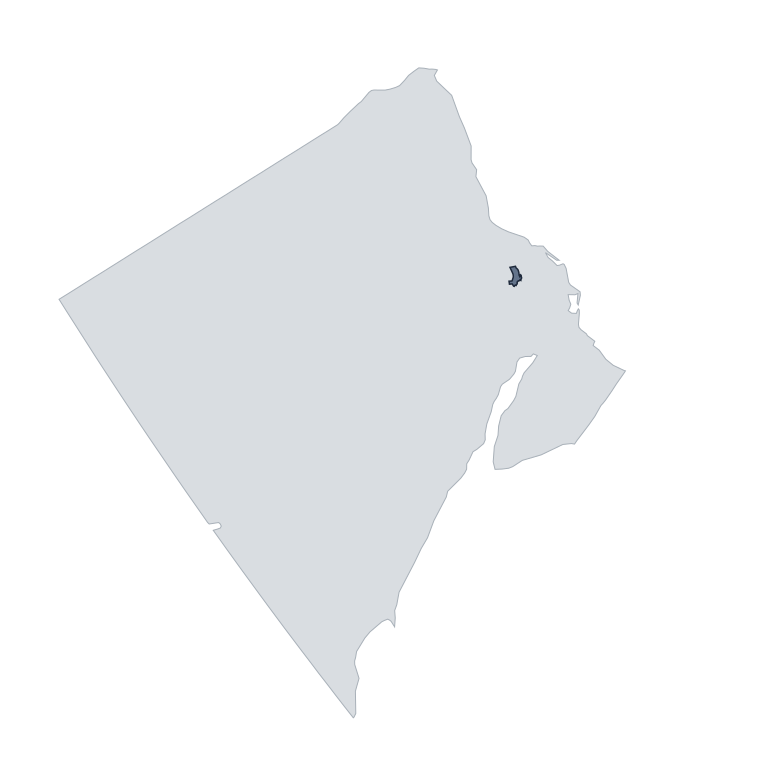 location of Badr, Al Buhayrah, Egypt, rotated 55°
{"feature_id": "37247803B14038420995681", "entity_name": "Badr", "entity_type": "district", "adm_level": 2, "iso_a3": "EGY", "parent_name": "Egypt", "parent_adm1": "Al Buhayrah", "projection": "albers", "projection_center": [30.722, 30.547], "detail": "fine", "context": "in_parent", "style": "filled", "palette": "slate", "viewbox_px": 768, "rotation_deg": 55, "n_neighbors": 0, "source": "geoboundaries", "source_scale": "gbopen_adm2", "svg_char_len": 4708}
<svg xmlns="http://www.w3.org/2000/svg" viewBox="0 0 768 768"><g transform="rotate(55 384 384)"><path d="M639.8,600.6L625.7,601.4L611.6,602.1L597.4,602.7L583.3,603.4L569.2,603.9L555.1,604.5L541.0,605.0L526.9,605.5L512.8,605.9L498.7,606.3L484.6,606.6L470.4,606.9L456.3,607.2L442.2,607.4L428.1,607.6L414.0,607.7L405.9,607.8L407.3,603.7L408.1,600.8L407.1,598.8L404.4,598.4L402.6,599.0L398.4,607.5L396.2,607.9L391.2,607.9L374.8,607.9L358.3,607.9L341.9,607.8L325.4,607.6L309.0,607.4L292.6,607.2L276.1,606.9L259.7,606.5L243.2,606.1L226.8,605.6L210.4,605.1L193.9,604.5L177.5,603.8L161.1,603.1L144.7,602.4L128.2,601.6L128.8,591.4L129.3,581.2L129.8,570.9L130.3,560.7L130.9,550.5L131.4,540.3L131.9,530.1L132.4,519.8L132.9,509.6L133.5,499.3L134.0,489.1L134.5,478.8L135.0,468.6L135.5,458.3L136.1,448.1L136.6,437.8L137.1,427.5L137.6,417.3L138.2,407.0L138.7,396.7L139.2,386.4L139.7,376.2L140.3,365.9L140.8,355.6L141.3,345.3L141.8,335.0L142.4,324.7L142.9,314.4L143.4,304.1L143.9,293.8L144.5,283.5L145.0,273.2L144.7,271.3L142.9,264.2L141.3,255.2L139.7,244.1L139.6,240.6L136.5,229.1L136.4,225.9L137.4,223.7L143.9,214.5L145.9,210.0L147.7,204.5L148.5,200.1L147.1,193.1L145.3,186.8L145.0,180.4L145.0,174.2L148.3,170.1L152.1,166.3L153.6,164.0L155.9,161.3L157.4,160.1L160.1,165.8L166.2,167.1L186.4,163.0L208.2,168.9L220.4,171.3L239.0,176.1L250.2,184.0L253.4,185.1L261.6,185.2L266.9,189.8L288.4,192.4L299.8,197.6L306.3,201.6L310.2,202.9L313.6,202.7L318.3,201.3L324.3,198.6L330.7,194.8L344.1,185.0L348.8,183.3L351.9,183.8L355.6,183.7L357.2,181.0L359.2,179.1L360.4,177.1L362.4,174.5L369.3,173.8L383.1,169.5L381.6,171.6L369.0,176.4L374.4,177.0L379.9,175.4L386.2,174.3L387.3,172.2L388.2,168.4L389.4,167.8L393.7,168.5L406.7,174.4L409.9,174.5L419.0,171.2L420.9,170.5L423.9,172.2L430.7,179.6L428.4,179.4L421.1,173.2L420.5,176.3L416.4,181.9L421.6,184.3L425.8,185.2L428.1,188.2L429.5,191.0L433.6,189.7L436.5,185.9L435.0,183.8L433.9,181.7L435.3,181.6L438.1,183.4L446.5,190.4L449.3,191.8L452.5,191.5L459.1,189.4L461.0,189.7L469.9,186.8L471.0,188.7L472.5,190.6L479.7,188.3L491.0,188.1L500.2,185.5L510.8,179.5L511.7,178.7L512.3,180.0L513.7,183.8L517.2,193.5L520.3,201.1L524.2,211.6L525.4,215.7L526.0,218.5L531.5,230.0L534.9,239.5L537.4,247.2L541.0,258.5L542.5,262.4L540.3,264.6L536.1,272.2L532.2,295.9L525.9,314.5L525.5,326.0L524.5,330.2L521.4,336.1L517.6,342.0L510.4,339.2L498.5,329.5L491.5,320.1L484.2,314.2L477.2,306.2L475.2,300.3L475.2,296.6L472.0,287.4L469.8,283.1L461.3,273.5L458.9,268.3L457.0,266.0L455.2,262.8L452.0,250.1L448.6,242.1L445.0,244.4L445.7,247.8L442.5,252.5L440.6,258.0L442.2,262.4L449.0,269.1L450.4,272.0L452.1,278.4L452.0,287.2L453.1,290.1L458.3,296.5L460.2,300.3L461.4,303.6L463.1,306.6L468.2,312.1L475.7,322.7L482.8,329.8L487.8,333.1L490.0,336.6L490.8,345.6L490.5,349.9L495.1,357.9L496.8,362.0L501.2,365.2L503.2,369.0L505.2,375.1L508.4,393.4L512.3,397.8L524.6,421.6L534.9,436.5L540.0,447.7L547.7,461.3L563.2,491.1L572.1,500.1L575.7,505.2L582.1,509.0L589.0,514.6L582.6,514.3L581.0,514.7L578.8,515.8L577.9,519.4L577.5,522.3L579.0,537.6L581.1,545.4L587.4,559.9L591.8,564.2L594.0,566.9L597.0,568.9L610.8,573.3L619.2,583.6L637.7,596.1L639.7,599.7L639.8,600.6Z" fill="#d9dde1" stroke="#a8b0b8" stroke-width="1"/><path d="M360.7,213.9L365.2,214.7L367.7,215.2L369.0,215.7L369.2,215.9L369.4,216.0L369.9,216.3L370.4,216.6L370.7,216.9L371.6,218.1L372.3,219.0L373.0,220.0L372.7,220.6L371.5,222.6L374.2,224.0L375.5,221.6L378.2,221.7L378.7,221.3L378.3,220.8L378.2,220.7L378.3,220.2L378.4,219.9L378.8,219.6L379.1,219.4L379.0,219.1L378.7,218.7L378.5,218.8L378.5,218.7L378.5,218.4L378.5,218.2L378.5,217.9L378.4,217.8L378.4,217.7L378.3,217.4L378.2,217.3L377.8,217.1L377.5,216.9L377.4,216.8L377.3,216.7L377.2,216.7L377.0,216.4L376.9,216.4L376.9,216.2L376.8,215.9L376.7,215.8L376.7,215.7L376.6,215.4L376.7,215.2L376.5,214.8L376.5,214.7L376.8,214.5L376.9,214.4L376.8,214.2L376.9,213.8L376.9,213.6L377.0,213.4L377.1,213.2L377.3,213.0L377.3,212.8L377.4,212.7L377.2,212.7L377.1,212.8L376.9,212.9L376.7,212.9L376.6,212.7L376.8,212.5L377.1,212.4L377.1,212.2L377.0,211.9L376.9,211.8L376.8,211.7L376.7,211.7L376.6,211.4L376.6,211.2L376.4,211.0L376.4,210.9L376.2,210.6L375.9,210.5L375.8,210.3L375.7,210.2L375.3,210.1L375.2,210.2L374.9,210.2L374.7,210.1L374.6,209.9L374.4,209.7L374.2,209.6L373.9,209.6L373.7,209.7L373.4,209.5L373.4,209.4L373.2,209.4L373.1,209.5L372.9,209.5L372.7,209.4L372.7,209.2L372.6,209.4L372.8,209.8L373.2,210.2L373.5,210.4L373.7,210.8L373.9,211.2L372.3,210.9L371.8,210.6L371.5,210.4L371.3,210.3L370.7,210.0L370.5,209.9L370.0,209.6L369.2,209.3L368.2,209.0L367.8,208.8L367.0,208.8L366.4,208.8L365.2,209.1L364.7,209.2L364.1,209.1L363.4,208.9L363.0,208.8L360.7,213.9Z" fill="#64748b" stroke="#1e293b" stroke-width="1.5"/></g></svg>